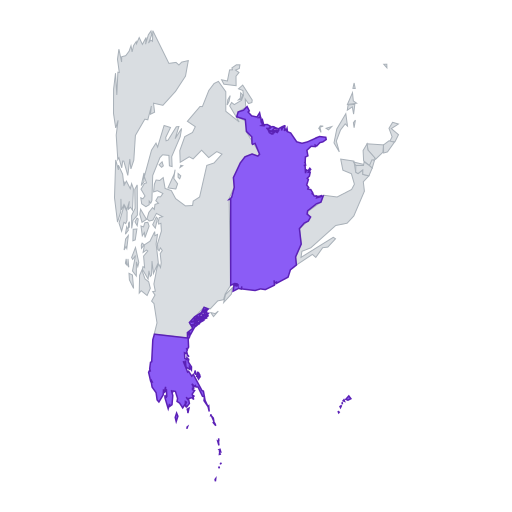 location of United States of America within North America, rotated 270°
{"feature_id": "USA", "entity_name": "United States of America", "entity_type": "country or territory", "adm_level": 0, "iso_a3": "USA", "parent_name": "North America", "parent_adm1": "", "projection": "robinson", "projection_center": [-126.716, 45.186], "detail": "fine", "context": "in_parent", "style": "filled", "palette": "violet", "viewbox_px": 512, "rotation_deg": 270, "n_neighbors": 17, "source": "natural_earth", "source_scale": "50m", "svg_char_len": 13556}
<svg xmlns="http://www.w3.org/2000/svg" viewBox="0 0 512 512"><g transform="rotate(270 256 256)"><path d="M226.6,230.6L217.9,225.1L212.3,223.5L211.1,217.7L203.1,210.2L204.8,204.0L189.5,189.4L183.7,192.7L174.0,187.5L177.9,154.2L189.1,157.0L208.4,154.0L210.9,151.6L217.0,155.0L220.4,152.7L220.8,155.3L228.0,153.9L244.2,157.0L247.9,158.8L244.4,160.5L249.2,161.2L258.4,160.2L261.5,162.3L264.1,160.5L261.2,159.1L262.7,157.9L267.9,157.4L280.9,161.4L288.7,160.9L287.9,158.7L290.1,158.1L294.4,159.3L295.3,162.6L298.6,156.4L291.9,152.9L291.0,149.3L293.2,147.0L299.7,148.9L304.4,152.6L302.6,154.3L307.6,155.0L308.7,158.5L311.3,155.8L315.2,158.0L315.2,160.6L318.5,162.9L321.3,157.4L320.1,153.6L327.8,154.4L332.0,156.1L331.5,159.7L334.4,163.2L323.5,165.1L321.4,171.3L313.4,175.6L306.1,185.4L306.5,192.6L310.9,193.2L315.0,199.6L346.6,206.8L349.0,214.0L357.9,222.0L360.4,216.8L354.4,208.7L361.8,201.6L353.1,193.1L355.2,189.2L349.7,180.2L361.4,179.8L375.4,184.8L379.5,192.5L385.3,195.3L390.7,187.4L405.5,200.0L405.4,202.4L421.5,208.8L428.5,214.1L430.6,218.4L420.3,225.8L400.7,225.8L390.0,239.2L406.1,229.7L409.5,231.6L407.4,234.3L411.7,241.5L416.5,243.5L421.5,242.9L423.2,238.5L426.9,242.7L412.0,252.2L409.5,251.9L408.4,248.5L413.0,245.2L404.6,245.8L400.2,238.2L395.2,236.7L390.8,246.3L380.1,246.4L358.6,259.6L356.0,258.4L358.0,252.1L355.2,245.0L334.4,233.4L324.3,234.0L313.5,229.1L226.6,230.6ZM333.2,179.7L334.7,178.1L338.5,178.1L336.1,180.8L333.2,179.7ZM330.4,144.1L326.5,141.2L339.1,144.0L333.7,143.8L330.4,144.1ZM346.3,182.7L344.5,180.0L346.7,180.8L346.3,182.7ZM293.9,137.0L293.0,138.2L286.3,137.2L290.2,135.0L293.9,137.0ZM290.3,129.4L284.9,129.3L284.0,128.5L288.6,128.5L290.3,129.4ZM277.8,125.4L285.3,126.7L281.9,128.4L277.8,125.4ZM327.1,137.2L296.9,137.4L291.6,133.0L283.6,131.7L296.4,131.6L303.7,135.1L322.6,134.8L327.1,137.2ZM246.5,127.8L253.1,128.0L244.8,128.8L246.5,127.8ZM248.8,125.4L253.1,126.2L246.7,126.8L248.8,125.4ZM432.2,221.6L431.0,227.4L442.1,229.6L442.2,232.5L444.1,231.9L447.2,236.4L447.2,239.9L443.5,239.3L441.9,235.5L439.5,239.0L435.8,236.0L426.3,236.1L427.8,223.9L432.2,221.6ZM324.1,168.0L338.0,174.2L342.3,175.1L333.6,173.8L328.2,177.6L323.0,175.8L324.1,168.0ZM329.1,146.5L335.3,144.3L361.8,151.5L368.9,156.0L364.9,157.6L386.5,164.1L384.5,170.5L374.5,165.7L371.2,166.1L371.9,168.1L385.2,176.3L385.5,178.9L373.3,175.1L383.6,181.6L375.3,180.2L355.4,171.7L345.4,172.1L346.2,169.4L356.6,168.9L357.2,162.6L354.3,159.9L336.5,152.7L311.4,151.9L308.8,150.7L310.9,149.2L307.3,149.2L305.3,145.9L308.2,141.7L314.2,140.8L313.2,142.9L316.0,145.0L322.8,141.0L328.5,144.4L329.1,146.5ZM289.7,142.0L297.8,139.8L302.7,140.6L292.6,146.5L289.7,142.0ZM223.6,133.6L232.1,129.4L238.7,129.0L237.0,132.4L223.6,133.6ZM195.4,213.5L199.4,210.8L198.4,215.2L200.9,218.3L195.4,213.5ZM262.0,124.1L273.0,125.6L276.5,128.3L263.5,126.8L265.4,126.0L262.0,124.1ZM224.5,232.6L217.8,231.3L209.5,223.7L217.5,225.6L224.5,232.6ZM218.9,139.2L236.7,139.6L241.9,141.9L233.1,145.0L230.2,148.7L223.7,150.3L216.5,147.1L221.3,141.2L218.9,139.2ZM254.5,131.6L264.5,135.5L249.5,138.8L245.4,137.8L250.2,136.4L236.0,136.3L241.0,132.5L256.5,135.5L252.6,132.7L254.5,131.6ZM259.6,143.1L267.2,144.5L270.8,150.0L280.4,154.7L276.3,154.9L277.6,157.5L268.1,156.1L249.4,158.3L238.5,153.4L250.9,152.0L236.9,151.5L235.5,150.2L241.2,148.9L232.9,148.1L242.8,142.4L245.4,143.0L244.3,144.6L255.9,143.6L261.0,147.8L262.0,146.5L259.6,143.1ZM279.5,144.4L276.2,142.3L286.0,141.0L285.1,143.5L289.3,144.9L289.7,147.8L285.9,149.1L274.5,145.0L279.5,144.4ZM263.7,141.5L266.9,141.3L268.9,142.1L267.2,144.2L263.7,141.5ZM271.2,132.9L282.7,133.2L283.0,136.9L272.1,135.2L271.2,132.9ZM280.8,121.6L288.9,119.0L306.1,124.0L300.3,127.1L291.5,127.0L288.5,125.7L289.6,123.9L280.8,121.6ZM289.9,117.5L314.3,114.5L352.1,115.7L342.1,118.4L346.8,118.4L337.9,122.6L326.0,124.0L329.3,124.4L328.1,124.9L330.9,126.4L323.3,130.3L328.4,131.6L323.2,133.4L301.8,132.5L304.8,130.4L302.6,128.3L310.7,129.4L302.6,126.9L307.6,124.0L302.2,121.4L313.1,120.9L300.4,120.8L289.9,117.5ZM350.2,162.1L346.1,163.3L344.7,161.6L347.2,159.1L350.2,162.1ZM287.3,152.7L294.9,156.3L293.6,157.5L283.9,155.3L287.3,152.7ZM407.0,227.2L412.3,227.8L416.4,230.2L410.5,229.0L407.0,227.2ZM412.1,238.4L413.9,240.3L419.2,240.7L417.1,242.6L412.6,240.9L412.1,238.4Z" fill="#d9dde1" stroke="#a8b0b8" stroke-width="1"/><path d="M407.1,348.1L407.6,354.8L397.9,353.6L405.2,352.3L401.8,347.3L407.1,348.1Z" fill="#d9dde1" stroke="#a8b0b8" stroke-width="1"/><path d="M408.8,356.6L407.5,347.4L419.3,352.5L411.1,353.3L408.8,356.6Z" fill="#d9dde1" stroke="#a8b0b8" stroke-width="1"/><path d="M379.6,321.0L383.1,319.3L383.3,320.4L379.6,321.0ZM383.2,318.5L386.1,320.3L385.9,323.2L385.0,320.6L383.2,318.5ZM382.1,328.5L383.7,326.1L385.4,331.7L382.1,328.5Z" fill="#d9dde1" stroke="#a8b0b8" stroke-width="1"/><path d="M384.1,115.7L398.6,113.5L422.8,113.6L438.8,115.5L417.1,116.8L439.8,117.9L439.5,119.3L452.7,117.5L462.8,118.9L450.0,121.6L455.3,121.7L456.3,125.7L460.8,129.1L466.2,131.0L460.1,132.1L466.5,133.6L470.4,136.2L468.3,136.5L474.4,139.2L467.6,142.4L474.5,146.1L467.8,145.6L477.3,148.4L481.0,151.0L477.1,151.7L468.9,148.5L471.9,150.8L470.7,152.5L481.3,152.8L448.6,168.9L449.6,176.0L447.0,178.9L449.9,181.7L451.4,188.3L435.9,185.5L420.6,175.5L406.7,162.9L408.8,153.5L399.8,154.6L397.8,150.5L406.0,151.4L392.2,147.8L392.8,144.8L376.6,135.4L351.8,133.8L343.1,130.9L353.0,129.8L336.6,127.8L350.9,123.8L351.0,122.7L344.2,121.7L354.3,118.9L352.4,117.8L376.9,116.2L391.7,118.1L384.1,115.7Z" fill="#d9dde1" stroke="#a8b0b8" stroke-width="1"/><path d="M247.0,296.4L255.1,295.6L267.9,301.2L283.2,299.5L292.6,309.5L300.3,307.5L310.2,321.2L316.8,323.2L315.0,337.1L322.5,351.6L327.8,354.4L338.3,351.4L341.8,342.9L352.9,340.7L350.9,353.9L339.9,355.7L338.4,358.0L342.2,362.8L337.6,362.8L336.2,368.9L330.2,363.3L320.8,364.4L296.0,353.8L288.8,347.1L286.5,335.7L264.2,310.8L260.7,301.9L254.6,301.0L274.7,333.3L273.2,335.5L264.9,327.8L264.3,322.7L254.6,315.8L257.6,312.4L247.0,296.4Z" fill="#d9dde1" stroke="#a8b0b8" stroke-width="1"/><path d="M389.7,392.6L388.0,398.4L383.4,391.3L377.3,398.5L370.3,395.0L369.8,389.4L375.2,392.1L383.7,389.0L389.7,392.6Z" fill="#d9dde1" stroke="#a8b0b8" stroke-width="1"/><path d="M371.2,389.0L369.8,394.4L360.1,387.5L359.0,383.6L367.1,383.5L371.2,389.0Z" fill="#d9dde1" stroke="#a8b0b8" stroke-width="1"/><path d="M367.1,383.5L359.8,382.9L352.6,375.5L362.0,367.9L368.2,367.1L367.1,383.5Z" fill="#d9dde1" stroke="#a8b0b8" stroke-width="1"/><path d="M368.2,367.1L362.0,367.9L353.8,375.2L346.4,369.4L351.2,363.6L361.5,363.1L368.2,367.1Z" fill="#d9dde1" stroke="#a8b0b8" stroke-width="1"/><path d="M346.4,369.4L352.2,372.0L351.7,374.5L343.9,372.2L346.4,369.4Z" fill="#d9dde1" stroke="#a8b0b8" stroke-width="1"/><path d="M336.2,368.9L337.6,362.8L342.2,362.8L338.4,358.0L339.9,355.7L346.5,355.8L346.5,363.5L350.1,364.1L346.4,369.4L343.9,372.2L336.2,368.9Z" fill="#d9dde1" stroke="#a8b0b8" stroke-width="1"/><path d="M346.5,355.8L350.0,353.6L347.6,363.5L346.5,363.5L346.5,355.8Z" fill="#d9dde1" stroke="#a8b0b8" stroke-width="1"/><path d="M423.6,352.9L429.0,354.1L423.5,355.2L423.6,352.9Z" fill="#d9dde1" stroke="#a8b0b8" stroke-width="1"/><path d="M384.3,354.1L389.3,353.4L391.9,355.4L384.3,354.1Z" fill="#d9dde1" stroke="#a8b0b8" stroke-width="1"/><path d="M369.1,334.0L383.0,336.8L398.3,345.8L385.9,347.5L388.1,345.2L382.0,340.5L370.9,336.3L360.1,339.3L369.1,334.0Z" fill="#d9dde1" stroke="#a8b0b8" stroke-width="1"/><path d="M444.2,386.9L447.7,383.8L447.8,386.8L444.2,386.9Z" fill="#d9dde1" stroke="#a8b0b8" stroke-width="1"/><path d="M380.6,246.4L392.5,245.3L395.2,236.7L400.1,238.2L401.8,243.5L405.4,247.1L401.1,249.3L400.0,248.1L396.1,251.7L395.0,257.0L399.2,259.6L395.4,260.4L394.4,259.1L394.4,260.8L389.9,261.2L386.9,263.3L387.0,262.1L386.5,261.3L386.2,264.2L387.3,264.7L387.5,267.2L385.8,270.3L383.0,268.4L384.1,266.4L382.7,267.8L383.7,270.0L385.0,271.2L385.4,272.6L383.4,277.8L383.7,274.5L380.9,271.5L381.8,268.3L379.7,269.2L381.4,274.0L378.9,272.6L378.2,272.7L378.6,271.2L378.5,270.8L377.9,271.9L378.1,272.9L381.8,274.8L378.8,273.7L381.9,276.1L380.4,276.3L382.3,278.2L382.0,278.4L381.1,277.5L378.9,277.0L381.8,278.8L383.4,278.7L385.8,283.1L383.8,279.7L384.6,281.9L381.5,281.5L385.0,283.0L384.0,285.0L381.0,284.3L382.9,285.3L381.6,286.3L383.5,287.0L380.3,287.5L379.0,290.7L370.2,296.7L368.7,302.0L370.1,307.4L375.5,319.5L374.7,325.8L372.5,326.2L370.1,322.8L369.4,319.9L366.0,316.7L366.9,315.2L365.4,315.3L365.7,311.1L361.7,306.9L356.2,307.9L355.0,305.4L349.5,305.2L350.1,304.3L349.2,305.2L346.8,305.6L346.6,303.8L346.3,305.1L338.8,305.5L342.1,306.4L341.2,308.1L343.7,309.8L342.6,310.7L339.7,308.4L339.7,310.2L335.9,309.4L333.7,307.2L332.5,308.4L327.0,306.7L324.0,309.1L324.7,308.4L323.0,307.8L322.4,310.8L319.2,312.7L317.7,311.8L318.6,312.8L316.1,314.1L315.4,317.4L314.2,316.8L316.0,323.2L309.8,320.9L308.2,316.5L301.2,307.6L297.9,307.1L295.0,310.6L290.9,308.3L288.9,304.2L283.4,299.4L267.9,301.2L255.1,295.6L247.0,296.4L242.2,290.4L234.9,288.1L228.5,276.2L229.9,276.4L229.1,274.3L231.7,274.1L226.8,274.4L222.4,265.3L223.1,260.5L221.5,255.1L223.1,241.6L225.6,241.8L222.9,241.3L223.6,238.6L220.8,233.1L226.8,234.0L225.8,237.0L227.6,234.9L227.5,237.3L226.1,238.0L227.2,238.1L228.2,237.0L228.5,234.5L226.7,230.7L312.7,230.7L312.5,229.2L314.6,231.6L324.7,234.3L334.4,233.4L349.1,240.3L355.2,245.0L358.0,252.1L355.9,257.8L357.7,259.6L368.6,255.1L367.6,252.5L368.6,252.0L375.1,251.8L380.6,246.4ZM204.7,204.1L203.0,208.3L201.6,206.8L202.5,206.2L201.8,203.3L199.5,204.1L198.5,205.3L200.3,202.9L196.7,199.7L194.8,199.2L194.4,197.5L195.9,197.8L194.7,196.8L195.7,196.6L193.3,195.9L193.9,194.2L191.3,194.4L189.8,190.8L190.3,195.2L188.0,194.6L187.4,192.2L187.1,193.3L185.0,192.3L187.5,194.4L185.9,195.2L177.1,190.3L178.1,188.8L178.6,190.1L179.5,189.3L178.3,188.6L175.4,189.7L172.7,188.2L164.9,188.6L162.9,187.4L163.7,186.2L162.0,187.3L158.4,186.0L159.2,184.5L153.6,184.8L152.4,186.9L154.3,186.9L152.7,188.7L150.0,188.3L145.1,191.5L142.2,191.4L145.1,189.5L142.8,189.5L145.0,185.9L151.4,185.5L148.9,184.4L150.8,183.2L139.9,187.6L140.7,188.6L135.8,191.8L137.6,193.3L121.4,202.0L120.9,203.4L111.5,205.1L105.4,208.0L111.3,204.0L115.3,204.4L115.7,202.5L125.0,198.0L125.0,196.0L126.4,195.4L125.6,194.6L128.2,191.9L123.8,193.8L123.1,192.9L124.4,192.5L122.3,192.5L121.5,194.6L117.9,192.2L112.5,193.7L114.3,192.0L113.2,187.6L114.9,186.2L112.4,187.7L112.5,188.7L108.5,189.4L105.1,186.7L107.1,185.4L109.8,186.5L110.5,185.4L106.2,185.3L107.1,184.6L104.1,182.7L108.9,179.6L110.6,177.0L113.5,177.6L120.6,175.4L121.0,173.2L119.8,172.6L121.8,171.3L116.5,172.8L107.3,172.0L105.8,170.0L108.1,169.5L103.3,168.2L114.1,165.0L116.1,164.9L116.3,165.1L114.8,166.3L115.6,166.8L122.8,166.4L120.9,165.8L119.4,164.0L120.1,163.8L121.6,165.5L125.2,165.6L121.1,164.6L121.8,163.5L117.1,163.2L110.0,158.9L112.1,157.1L119.3,156.1L124.9,152.1L129.6,151.3L129.9,152.3L131.4,151.5L129.8,151.1L130.9,150.6L139.7,148.6L141.7,149.6L140.4,150.5L143.2,149.7L149.7,150.5L150.3,151.7L172.3,152.8L177.8,154.4L174.0,187.5L179.4,187.4L183.7,192.8L189.5,189.4L195.2,194.6L199.5,201.4L204.7,204.1ZM135.8,196.7L140.3,197.7L138.2,198.0L138.8,198.6L137.0,199.0L135.6,199.7L134.7,200.7L135.3,199.9L132.9,198.6L134.9,197.5L135.9,198.7L135.8,196.7ZM194.4,202.4L198.3,205.6L197.4,205.2L197.0,205.6L198.9,206.6L198.7,208.5L193.9,204.5L195.2,203.9L193.8,203.8L194.4,202.4ZM113.3,350.9L111.8,347.9L112.7,345.8L116.1,348.8L113.3,350.9ZM90.5,176.2L94.6,175.2L98.9,176.6L95.8,177.9L90.5,176.2ZM186.0,196.2L190.6,196.1L189.5,197.0L190.6,198.1L188.8,197.4L187.7,198.2L186.0,196.2ZM102.8,187.2L103.8,189.0L98.9,187.9L100.6,187.8L102.8,187.2ZM189.1,197.9L191.3,201.0L191.1,202.8L189.0,199.0L187.9,199.9L189.1,197.9ZM190.8,194.8L192.7,195.6L193.8,197.5L192.5,196.0L193.6,198.5L192.0,199.7L190.8,194.8ZM100.5,209.2L105.3,208.1L106.0,208.7L100.5,209.2ZM201.1,203.8L201.2,206.6L199.4,206.6L201.1,203.8ZM391.5,262.4L393.4,262.1L386.9,263.8L392.1,261.7L391.5,262.4ZM193.3,199.9L196.3,200.3L195.1,200.5L195.5,201.9L193.3,199.9ZM90.6,213.9L96.0,211.5L93.9,213.3L90.6,213.9ZM139.1,194.6L141.5,195.2L137.3,195.8L139.1,194.6ZM192.1,200.5L193.9,201.2L192.5,203.4L192.1,200.5ZM90.2,213.8L88.3,215.0L86.3,215.8L89.4,213.2L90.2,213.8ZM197.9,201.8L197.8,203.9L196.9,202.9L197.9,201.8ZM110.7,344.5L111.2,343.1L112.2,343.9L110.7,344.5ZM70.3,218.5L66.6,218.9L70.8,217.7L70.3,218.5ZM195.6,206.6L196.6,208.6L194.6,206.3L195.6,206.6ZM105.5,340.0L106.6,341.6L104.4,340.5L105.5,340.0ZM155.3,189.0L156.5,187.3L157.1,187.6L155.3,189.0ZM30.7,215.4L32.6,215.1L33.4,215.7L30.7,215.4ZM100.8,338.0L99.8,339.2L99.2,338.7L100.8,338.0ZM62.3,219.0L62.7,220.0L61.0,220.5L62.3,219.0ZM59.2,219.6L57.8,220.2L57.6,219.4L59.2,219.6ZM83.2,186.8L85.1,187.2L85.4,187.6L83.2,186.8ZM158.3,186.9L159.6,187.1L157.9,187.2L158.3,186.9ZM197.1,202.0L196.3,202.7L195.9,202.3L197.1,202.0ZM193.7,205.5L195.1,205.5L193.9,206.4L193.7,205.5ZM70.7,218.5L72.6,218.6L73.6,218.7L71.1,218.8L70.7,218.5ZM107.7,342.4L108.9,342.1L109.8,342.3L107.7,342.4ZM61.0,219.3L59.0,220.2L61.0,219.3ZM227.3,233.1L228.1,234.6L228.1,234.9L226.9,233.7L227.3,233.1ZM97.7,210.9L96.7,211.1L96.5,210.7L97.7,210.9ZM316.6,322.1L315.6,319.4L315.6,317.9L315.8,319.5L316.6,322.1ZM115.9,194.0L115.4,193.6L116.7,193.2L115.9,194.0ZM48.4,220.5L49.2,221.4L47.7,220.3L48.4,220.5ZM137.7,199.4L136.8,199.9L136.6,199.7L137.0,199.2L137.7,199.4ZM44.8,219.2L43.7,219.3L45.3,218.6L44.8,219.2ZM316.0,316.5L315.6,317.7L316.5,315.4L316.0,316.5ZM373.9,315.5L374.9,317.9L373.7,315.2L373.9,315.5ZM386.3,284.6L385.7,285.5L385.9,283.3L386.3,284.6ZM385.3,273.6L384.7,274.9L385.3,273.2L385.3,273.6Z" fill="#8b5cf6" stroke="#5b21b6" stroke-width="1.5"/></g></svg>